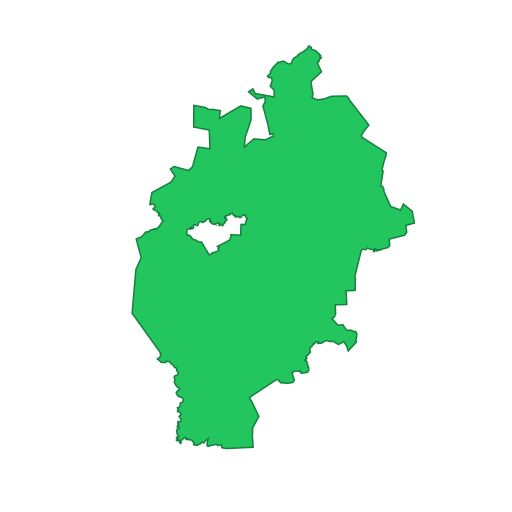 outline of Apes pag., Apes, Latvia, rotated 328°
{"feature_id": "27541924B88937634750122", "entity_name": "Apes pag.", "entity_type": "district", "adm_level": 2, "iso_a3": "LVA", "parent_name": "Latvia", "parent_adm1": "Apes", "projection": "mercator", "projection_center": [26.708, 57.522], "detail": "fine", "context": "isolated", "style": "filled", "palette": "green", "viewbox_px": 512, "rotation_deg": 328, "n_neighbors": 0, "source": "geoboundaries", "source_scale": "gbopen_adm2", "svg_char_len": 6147}
<svg xmlns="http://www.w3.org/2000/svg" viewBox="0 0 512 512"><g transform="rotate(328 256 256)"><path d="M411.7,105.8L409.6,107.3L404.4,107.8L399.8,107.5L396.3,108.3L393.0,108.3L390.6,109.2L389.0,110.8L387.3,111.3L385.0,110.2L382.8,105.4L379.9,104.4L378.6,104.6L377.8,103.3L371.3,104.8L366.2,107.0L365.4,108.5L361.0,109.7L361.0,111.1L363.6,112.9L362.8,115.8L358.0,119.6L359.3,125.3L355.6,130.6L341.3,117.7L342.0,112.6L336.7,112.8L340.2,123.5L347.7,125.8L345.8,129.9L341.4,132.3L335.9,150.4L332.1,160.3L335.3,161.5L334.2,163.5L325.6,162.5L316.2,155.5L303.9,157.5L309.8,149.5L324.0,137.9L330.0,128.0L322.6,120.6L297.9,119.9L302.8,113.8L296.3,108.2L293.9,107.2L292.1,104.1L292.2,103.7L283.1,95.3L271.5,113.6L283.1,124.4L273.8,140.6L264.5,132.9L249.5,146.6L244.1,147.7L233.9,136.7L229.4,136.9L229.7,145.3L223.0,148.3L201.4,147.0L193.3,156.0L193.8,156.6L196.0,156.7L196.9,159.6L196.7,160.6L196.0,161.3L194.0,161.2L193.6,161.7L194.2,163.4L195.9,165.3L195.5,166.6L195.7,167.1L196.8,168.1L196.6,168.7L195.4,169.1L194.8,170.0L194.9,170.5L196.1,171.3L196.3,172.0L195.3,173.7L195.7,176.1L195.6,177.4L194.3,177.5L188.7,180.0L187.5,179.9L186.6,180.5L185.6,180.1L185.2,179.5L184.5,180.0L184.2,179.8L184.2,179.2L180.9,178.3L179.3,178.1L178.0,178.8L177.3,178.0L176.8,178.3L175.3,177.2L169.4,179.1L163.4,178.1L157.8,196.5L146.9,203.9L120.6,238.9L123.7,287.8L123.2,287.9L123.4,288.2L123.2,288.7L121.3,290.7L120.0,291.1L118.2,290.7L117.7,291.2L118.2,292.1L119.0,294.7L119.0,295.3L119.6,296.4L123.1,298.5L124.4,297.7L125.5,299.0L126.7,299.5L126.8,302.0L128.2,305.4L127.8,307.4L129.3,309.0L128.9,309.9L128.0,310.7L128.3,313.5L126.6,315.2L125.9,315.5L124.1,314.6L123.0,314.8L122.1,315.8L121.8,318.0L120.3,319.1L119.8,319.9L119.5,323.1L120.0,326.0L121.0,327.5L120.6,328.9L119.7,328.6L117.7,328.8L115.7,329.9L115.5,333.4L116.2,334.1L116.5,335.1L117.9,336.2L118.5,338.0L118.4,339.0L116.5,341.0L114.0,340.5L112.5,342.5L111.0,343.6L109.0,343.1L108.7,344.5L107.0,346.2L107.0,346.6L108.6,347.2L108.5,348.9L108.8,350.2L108.0,351.1L106.9,350.9L105.6,351.5L105.9,352.4L105.7,355.0L105.2,356.1L103.8,356.6L102.2,355.0L101.8,355.2L101.5,356.1L100.8,356.9L101.2,357.7L101.1,358.0L100.1,358.0L98.6,359.2L100.0,359.8L100.0,361.3L99.5,361.6L98.1,361.0L96.5,361.6L94.9,364.8L94.8,368.1L92.5,367.7L92.1,368.2L93.0,369.1L92.7,369.9L91.1,369.9L90.8,370.4L91.4,371.1L93.7,371.8L92.7,373.2L92.4,374.0L92.5,374.8L93.0,375.1L93.6,374.7L93.4,373.9L93.7,373.2L97.7,372.3L100.1,372.3L100.2,373.1L99.4,374.3L99.5,374.7L100.1,375.0L100.6,374.5L101.8,375.3L101.5,376.3L102.7,376.8L104.3,378.6L103.8,379.4L104.6,381.2L103.3,382.5L103.2,383.3L106.2,385.7L107.2,385.3L109.3,385.8L111.6,385.1L112.6,386.9L115.4,385.8L118.8,385.5L116.0,388.1L114.2,390.4L114.1,391.5L114.8,392.3L116.0,392.3L122.7,394.8L123.0,396.5L126.0,397.3L126.6,397.8L126.6,398.4L126.1,398.8L125.5,400.5L126.5,400.9L126.6,401.1L126.5,401.6L128.6,403.4L152.2,416.7L157.5,406.8L162.2,399.9L173.4,393.6L175.3,377.0L175.3,372.5L207.9,371.7L209.5,373.1L209.3,374.6L210.2,377.4L211.4,377.1L213.2,379.4L218.2,382.1L220.9,382.6L222.7,381.7L224.7,374.1L228.6,374.3L232.0,377.4L232.6,377.0L232.2,379.4L237.8,381.9L239.8,381.3L241.6,378.5L241.7,378.2L241.1,377.9L241.2,377.2L242.4,375.6L242.3,373.8L243.2,372.9L243.0,371.0L242.1,370.6L242.5,370.0L243.3,369.8L243.5,370.3L244.5,369.6L244.9,369.7L245.1,368.9L244.7,368.6L245.1,367.6L247.2,367.6L251.4,366.3L251.4,364.6L253.9,362.2L255.6,362.3L257.9,360.9L258.3,361.5L258.7,361.0L260.5,361.0L261.2,360.3L263.3,362.0L262.1,362.9L265.1,364.6L270.8,364.8L273.5,368.0L276.1,369.0L279.0,374.7L285.0,375.3L285.2,375.8L285.1,380.4L283.9,385.4L295.7,382.1L295.5,381.0L298.6,377.8L300.3,375.4L300.5,372.7L298.9,371.9L297.4,369.3L293.7,367.2L293.2,363.2L293.4,360.5L288.8,358.1L287.3,349.3L290.3,349.3L291.1,348.3L292.6,347.7L297.4,339.4L307.3,345.2L313.9,333.3L321.9,337.7L327.4,328.9L327.9,328.6L329.3,325.4L348.2,307.1L349.7,306.6L352.6,308.9L354.7,308.2L356.2,310.4L359.1,313.3L358.2,314.5L358.5,315.0L359.6,314.7L360.2,312.8L360.7,312.5L361.0,313.0L361.0,315.4L361.3,315.9L362.4,315.1L363.0,316.2L364.6,316.2L364.6,316.9L367.2,317.1L372.1,318.7L374.8,318.2L378.0,312.3L392.9,317.1L396.4,315.8L399.2,309.5L407.8,312.0L412.2,300.7L408.5,290.0L403.1,293.7L396.4,285.4L398.8,268.6L399.9,267.2L400.2,263.8L398.9,262.7L408.8,251.4L408.2,249.9L415.8,242.6L419.3,239.9L421.2,237.6L408.8,211.5L409.3,209.6L414.6,207.0L421.1,204.9L417.9,173.5L418.1,170.8L417.5,168.2L404.4,160.4L396.8,158.9L395.1,157.8L393.9,157.8L391.3,156.1L390.8,156.3L387.5,151.3L390.2,148.8L394.9,137.2L409.2,134.5L410.3,124.6L411.6,124.6L413.0,124.0L413.5,123.2L416.5,122.3L415.6,121.1L416.6,119.2L416.9,119.6L416.8,118.3L416.2,116.9L415.7,114.5L415.3,113.3L412.5,110.2L413.4,108.6L413.3,108.1L413.0,107.4L413.0,106.8L411.7,105.8ZM267.2,220.1L263.8,223.6L260.0,221.3L254.0,230.2L246.0,224.7L245.8,225.7L242.1,228.5L228.4,227.5L229.3,229.0L227.7,229.6L227.6,231.6L224.4,231.3L220.6,230.2L220.4,230.7L216.6,230.0L217.1,226.3L216.8,226.2L217.3,215.2L216.0,214.7L214.7,213.3L213.3,210.4L211.9,209.3L211.3,207.3L210.9,207.0L211.1,206.0L210.7,203.6L209.8,202.4L209.1,202.4L208.5,201.7L210.2,198.6L211.9,197.0L214.2,197.6L214.3,198.3L214.8,198.5L215.3,198.2L215.5,197.1L216.1,197.1L216.4,197.6L215.9,198.8L216.5,199.2L218.3,198.9L218.7,197.4L220.0,196.5L221.0,197.1L221.6,198.4L222.6,199.4L225.4,197.2L226.2,197.0L227.9,198.1L228.8,199.6L229.7,199.0L231.4,199.8L232.8,198.9L236.8,199.5L237.0,199.9L234.9,202.2L235.2,202.7L236.1,202.4L236.4,202.7L236.4,203.5L235.5,204.3L235.7,205.2L237.5,207.2L238.6,207.1L238.7,207.6L238.9,207.1L239.6,207.2L241.8,208.1L241.3,210.1L240.9,210.4L241.1,210.7L242.1,209.4L242.8,209.4L242.6,210.2L242.8,211.2L243.5,212.6L244.0,212.7L244.8,211.8L246.9,211.5L248.9,210.1L250.5,210.0L250.6,208.3L249.6,207.5L250.0,206.1L250.5,206.0L250.6,206.6L251.2,206.9L251.5,206.6L251.3,205.8L251.6,205.7L255.5,207.2L256.0,207.0L256.0,206.3L256.5,206.3L257.3,207.0L258.7,207.1L258.5,209.9L259.9,210.9L259.1,212.1L260.6,212.2L261.5,213.3L262.4,213.4L262.7,215.0L264.2,215.1L266.4,214.3L267.1,214.9L268.1,215.1L267.9,215.4L268.2,216.1L267.9,217.7L268.7,220.0L267.2,220.1Z" fill="#22c55e" stroke="#15803d" stroke-width="1.5"/></g></svg>